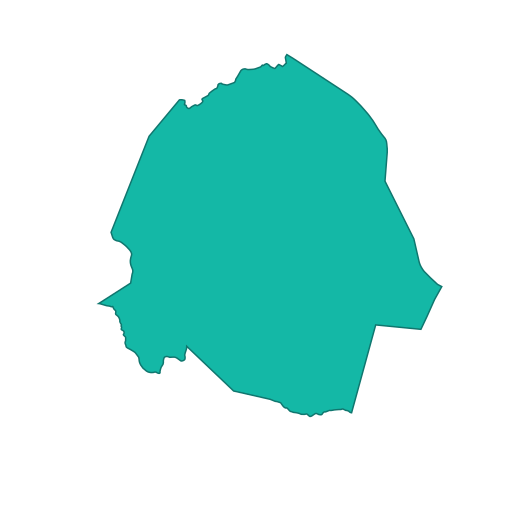 San Juan, Intibucá, Honduras (Natural Earth projection), rotated 70°
{"feature_id": "27666195B28906986091339", "entity_name": "San Juan", "entity_type": "district", "adm_level": 2, "iso_a3": "HND", "parent_name": "Honduras", "parent_adm1": "Intibucá", "projection": "natural_earth1", "projection_center": [-88.422, 14.413], "detail": "fine", "context": "isolated", "style": "filled", "palette": "teal", "viewbox_px": 512, "rotation_deg": 70, "n_neighbors": 0, "source": "geoboundaries", "source_scale": "gbopen_adm2", "svg_char_len": 5973}
<svg xmlns="http://www.w3.org/2000/svg" viewBox="0 0 512 512"><g transform="rotate(70 256 256)"><path d="M189.4,384.3L190.5,384.2L191.3,384.0L191.8,383.8L192.4,383.3L193.0,382.8L193.6,382.2L194.1,381.6L195.0,380.1L195.3,379.6L196.0,378.9L196.7,378.2L197.7,377.5L200.1,376.0L201.6,375.1L203.2,374.3L204.9,373.6L205.8,373.2L207.3,372.6L208.4,372.3L209.5,372.1L210.3,372.1L211.3,372.1L211.7,372.2L212.3,372.5L213.0,372.9L214.6,374.1L215.9,374.9L217.4,375.7L218.9,376.2L220.2,376.5L221.7,376.7L223.6,376.7L225.6,376.6L226.2,376.6L227.3,376.7L228.2,377.0L228.9,377.3L229.5,377.7L229.9,377.9L230.5,378.5L238.6,383.1L246.9,420.1L247.5,418.9L251.3,413.8L251.7,413.2L252.6,411.5L253.3,410.3L253.7,409.9L254.0,409.6L254.4,408.8L254.5,408.5L254.4,408.0L254.5,407.9L257.0,407.7L258.1,407.3L259.0,406.8L259.5,406.6L260.0,406.7L260.7,406.9L262.0,407.6L262.5,407.7L262.8,407.7L263.2,407.6L264.3,406.9L265.9,406.1L267.0,405.9L267.7,405.8L268.4,405.8L269.7,405.9L270.1,406.0L270.8,406.3L271.4,406.4L272.7,406.3L273.3,406.2L274.1,406.0L274.6,406.0L274.9,406.1L275.2,406.4L275.3,406.5L275.7,406.7L276.3,406.7L276.8,406.6L277.2,406.7L277.7,407.0L278.2,407.4L278.4,407.6L278.8,407.7L279.0,407.7L279.4,407.5L280.1,406.9L281.1,406.1L281.4,406.0L282.0,406.0L282.4,406.0L283.5,406.4L283.9,406.8L284.3,407.4L284.6,407.5L284.9,407.5L285.3,407.4L287.4,406.4L287.9,406.4L288.4,406.5L289.7,407.0L291.0,407.5L291.3,407.7L291.8,408.1L292.1,408.4L292.8,408.7L293.7,408.9L295.2,408.8L296.6,409.0L297.1,409.0L297.6,408.8L298.6,408.1L300.9,406.0L303.9,403.6L305.2,402.7L306.2,402.3L310.9,400.9L311.4,400.9L312.6,401.1L314.6,401.6L315.2,401.7L316.0,401.8L317.1,401.8L318.3,401.7L319.1,401.6L322.6,400.6L323.1,400.4L324.2,399.7L325.8,398.8L326.5,398.4L327.6,397.5L328.1,397.0L328.5,396.4L329.3,395.2L329.9,393.8L330.3,392.4L330.4,391.8L330.4,391.0L330.5,390.7L330.6,390.3L330.9,389.8L331.2,389.4L331.5,389.2L332.1,388.7L332.6,388.1L333.1,387.3L333.2,386.9L333.2,386.6L333.1,386.4L332.8,386.1L332.6,386.0L332.1,385.9L331.7,385.7L330.2,384.8L328.6,383.6L328.2,383.3L326.0,380.5L325.5,380.1L324.9,379.8L324.3,379.4L323.0,379.0L322.4,378.7L320.8,377.7L320.4,377.3L320.1,377.0L319.8,376.6L319.7,376.2L319.7,375.6L319.7,374.9L319.8,374.5L320.0,374.0L320.2,373.6L320.5,373.1L321.3,372.2L321.7,371.7L322.4,369.3L322.9,367.8L323.2,367.1L323.6,366.5L324.1,365.9L324.9,365.2L326.9,363.8L328.1,363.0L328.7,362.6L329.0,362.3L329.3,361.5L329.4,360.4L329.3,359.5L329.1,358.7L328.9,358.4L328.5,358.0L328.1,357.8L327.5,357.5L326.2,357.1L324.8,356.9L324.4,356.7L323.0,355.8L319.5,353.1L318.3,352.5L317.1,352.0L370.1,325.7L375.2,323.2L395.5,291.7L399.1,287.7L399.7,286.6L400.1,285.9L402.1,283.3L402.3,283.1L402.5,283.0L403.9,282.6L406.1,282.0L406.6,281.8L407.7,281.3L408.3,280.8L408.8,280.4L409.0,280.0L409.1,279.3L409.2,279.1L409.4,279.0L410.6,278.3L412.9,277.4L413.4,277.1L413.8,276.8L414.1,276.4L414.7,275.5L415.6,274.5L415.9,274.0L416.2,273.4L416.6,272.6L417.0,271.8L418.2,269.9L418.8,269.1L419.9,268.0L420.3,267.4L420.7,266.4L421.3,264.9L421.5,264.1L421.6,262.9L421.8,262.5L422.1,262.1L423.0,261.6L424.8,260.6L425.0,260.4L425.2,260.2L425.3,259.9L425.4,259.4L425.4,258.9L425.4,258.4L425.2,257.6L424.7,255.7L424.4,254.1L424.4,253.8L424.5,253.4L424.9,252.8L425.2,252.4L426.0,251.7L426.5,251.1L427.1,250.0L427.3,249.6L427.4,249.1L427.5,248.7L427.4,248.3L427.2,247.9L426.8,247.4L426.4,246.8L426.0,245.8L425.9,245.4L425.9,244.8L426.2,244.2L426.3,243.8L426.2,240.0L426.3,239.5L426.7,238.7L426.9,238.0L427.1,236.9L427.4,235.1L427.7,233.9L428.5,231.0L429.3,228.6L429.3,228.2L429.3,227.6L429.3,227.3L429.5,226.8L429.9,226.2L430.8,225.4L431.4,224.8L431.7,224.6L432.3,223.4L433.1,222.4L433.6,221.9L434.6,221.4L435.0,221.1L435.5,220.6L436.0,219.8L361.7,167.1L381.3,126.1L371.3,116.0L357.9,103.0L348.3,91.9L344.8,95.1L336.0,99.6L329.9,102.4L328.4,103.1L327.0,103.6L325.5,104.0L323.1,104.5L321.6,104.7L320.2,104.8L318.7,104.8L317.2,104.7L293.9,101.8L229.8,109.2L203.4,97.2L202.0,96.7L200.1,96.0L198.1,95.5L195.5,94.8L193.2,94.3L192.5,94.3L191.5,94.2L190.4,94.4L189.6,94.5L184.3,96.3L181.4,97.1L178.4,97.9L172.8,99.0L169.0,99.8L165.2,100.9L161.5,102.0L156.2,104.0L150.6,106.2L145.1,108.7L142.4,110.0L140.0,111.3L137.8,112.7L135.6,114.2L82.8,153.7L77.3,158.1L78.0,159.0L78.8,160.0L79.3,160.4L79.8,160.6L82.8,161.1L85.2,161.6L85.4,162.4L86.6,164.9L86.9,166.0L87.0,166.3L86.9,166.5L86.1,167.0L85.6,167.4L84.3,168.6L83.8,169.1L83.8,169.3L83.9,169.6L84.5,170.8L85.2,172.1L86.1,173.6L86.2,173.9L86.2,174.2L85.5,175.1L85.1,175.6L84.3,176.4L83.8,176.9L83.1,177.5L82.8,177.8L81.9,178.1L80.5,178.8L79.4,179.7L79.1,180.0L78.9,180.4L78.9,181.0L79.0,182.1L79.1,182.8L79.4,183.5L79.5,183.8L79.4,184.1L79.3,184.3L78.8,184.8L79.9,186.9L79.9,188.4L79.9,192.4L79.8,193.5L79.7,194.2L79.2,196.1L78.3,199.1L77.8,200.3L77.4,200.9L76.6,201.9L76.4,202.3L76.2,202.9L76.1,203.5L76.0,204.1L76.0,204.7L76.1,205.3L76.3,206.1L76.7,206.9L80.6,211.5L82.9,214.5L83.8,215.0L84.5,215.6L85.1,216.2L85.5,216.8L85.6,217.3L85.6,217.8L85.6,223.7L85.5,224.5L85.3,225.0L84.8,225.9L82.9,229.0L82.6,229.0L82.3,229.2L82.0,229.4L81.8,229.6L81.7,230.0L81.5,230.9L81.5,231.5L81.5,231.9L81.8,232.6L82.0,233.0L82.3,233.3L82.9,233.4L83.2,233.8L84.5,234.8L84.9,235.5L85.1,236.1L85.0,237.2L85.2,238.1L86.1,241.4L86.9,243.7L87.1,244.2L87.4,244.6L88.4,245.5L88.6,245.8L88.8,246.2L89.3,249.3L89.7,252.3L89.8,252.6L90.1,253.0L90.4,253.2L90.9,253.2L91.5,253.0L91.9,252.9L92.5,253.1L92.9,253.5L93.2,254.0L93.6,254.8L94.0,256.0L94.4,257.6L94.6,258.9L94.6,259.4L94.5,259.9L94.2,260.3L93.7,260.7L93.4,261.0L93.3,261.3L93.2,261.7L93.3,262.8L93.6,264.9L93.8,265.8L94.3,267.0L94.4,267.7L94.5,268.1L94.5,268.4L94.4,268.7L94.2,269.0L93.9,269.4L93.5,269.7L93.1,270.0L92.7,270.2L92.3,270.3L92.0,270.3L91.1,270.1L90.5,270.3L90.1,270.6L89.7,271.2L89.6,271.3L89.4,271.4L89.2,271.4L88.9,271.3L88.1,270.6L87.2,270.2L85.9,269.8L85.7,269.8L85.4,269.8L85.2,270.0L84.9,270.5L84.4,271.2L83.9,272.1L83.4,273.3L83.1,274.6L106.9,315.5L184.2,384.1L189.4,384.3Z" fill="#14b8a6" stroke="#0f766e" stroke-width="1.5"/></g></svg>